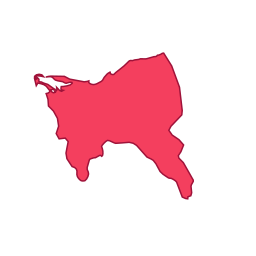 the border of Constanta, rotated 241°
{"feature_id": "ROU-133", "entity_name": "Constanta", "entity_type": "County", "adm_level": 1, "iso_a3": "ROU", "parent_name": "Romania", "parent_adm1": "", "projection": "robinson", "projection_center": [28.37, 44.259], "detail": "fine", "context": "isolated", "style": "filled", "palette": "rose", "viewbox_px": 256, "rotation_deg": 241, "n_neighbors": 0, "source": "natural_earth", "source_scale": "10m", "svg_char_len": 2475}
<svg xmlns="http://www.w3.org/2000/svg" viewBox="0 0 256 256"><g transform="rotate(241 128 128)"><path d="M50.8,159.8L49.6,159.1L47.6,155.9L46.4,154.8L40.5,152.3L38.3,150.1L38.8,147.1L37.1,145.9L38.4,144.2L39.7,143.2L41.3,142.0L57.2,144.3L59.0,143.8L61.1,142.7L63.0,141.4L63.8,140.2L64.7,139.2L70.3,136.3L74.4,135.0L83.2,135.1L87.5,134.4L89.6,133.2L93.4,130.5L108.6,127.1L112.1,125.2L114.9,122.1L117.9,115.5L120.6,109.8L121.6,108.8L125.9,105.6L127.1,104.0L127.0,102.1L126.3,99.4L125.4,97.0L124.6,95.9L122.6,95.6L120.0,94.8L117.7,93.6L116.3,92.4L116.0,91.3L117.2,90.9L117.8,89.7L117.8,85.1L118.5,83.7L119.1,80.7L119.2,79.5L118.8,78.7L113.3,73.2L111.5,72.2L108.8,71.9L106.9,71.2L105.0,69.4L103.5,67.1L102.8,64.7L103.5,62.9L104.6,61.5L106.3,60.7L108.0,60.3L110.0,60.2L112.0,60.7L115.1,62.5L117.1,62.9L119.3,62.2L121.4,60.4L130.8,59.7L136.1,61.6L140.6,65.3L145.1,69.1L149.6,68.2L151.9,62.5L157.9,62.5L163.2,68.2L170.7,71.0L179.0,71.0L185.8,69.1L191.8,71.9L197.8,73.1L197.3,75.0L197.6,77.1L198.5,77.7L204.1,76.8L206.6,75.5L208.9,73.4L211.0,70.9L209.5,68.3L216.8,70.3L218.5,71.4L218.9,73.7L218.1,76.3L216.3,78.4L213.8,79.0L215.7,76.8L217.4,74.4L217.7,72.2L215.2,70.9L215.2,71.9L216.0,72.8L215.8,73.2L213.8,73.7L212.3,72.8L211.7,72.7L211.2,73.1L210.8,73.7L210.2,74.6L208.3,75.9L205.0,79.0L203.1,79.9L198.1,82.3L196.6,83.4L198.4,80.4L198.8,79.0L197.2,78.8L195.9,79.1L194.9,80.0L194.5,81.7L195.8,81.7L195.2,83.0L195.6,84.0L196.7,84.8L198.1,85.3L193.9,86.4L192.3,87.7L192.3,89.7L192.8,89.1L193.5,88.5L193.8,87.9L195.3,88.7L196.6,89.7L195.7,91.5L194.5,94.8L193.7,98.4L194.2,100.9L195.0,101.1L195.8,100.1L196.4,98.7L197.1,95.6L198.1,94.6L200.2,93.3L203.3,89.5L205.2,87.7L207.0,87.0L209.0,86.5L210.5,85.1L211.4,83.3L212.4,80.8L211.7,83.4L210.8,85.6L204.0,97.4L199.0,100.7L189.6,112.1L188.5,115.0L188.2,116.6L186.8,115.7L185.2,116.3L183.8,117.4L182.7,118.9L182.1,120.5L181.8,122.3L181.7,127.3L182.1,128.9L183.8,131.7L185.3,135.8L185.6,137.7L185.3,138.9L186.0,139.8L184.6,139.0L183.3,139.3L182.3,140.3L181.7,141.6L182.4,144.0L184.2,154.6L186.0,161.3L186.0,162.1L185.7,163.2L184.8,164.4L184.3,166.8L182.8,170.6L182.5,172.4L179.9,176.9L179.5,178.1L177.8,185.3L177.2,186.5L176.9,187.7L177.4,189.0L176.9,190.1L176.7,191.4L176.6,192.8L176.7,194.2L176.2,195.5L161.1,196.3L138.7,192.8L117.0,183.9L113.4,181.4L108.7,166.4L106.2,162.6L100.4,163.2L93.1,166.9L86.2,168.4L82.1,163.4L81.5,162.6L79.4,158.6L77.0,157.9L70.8,159.6L50.8,159.8Z" fill="#f43f5e" stroke="#9f1239" stroke-width="1.5"/></g></svg>